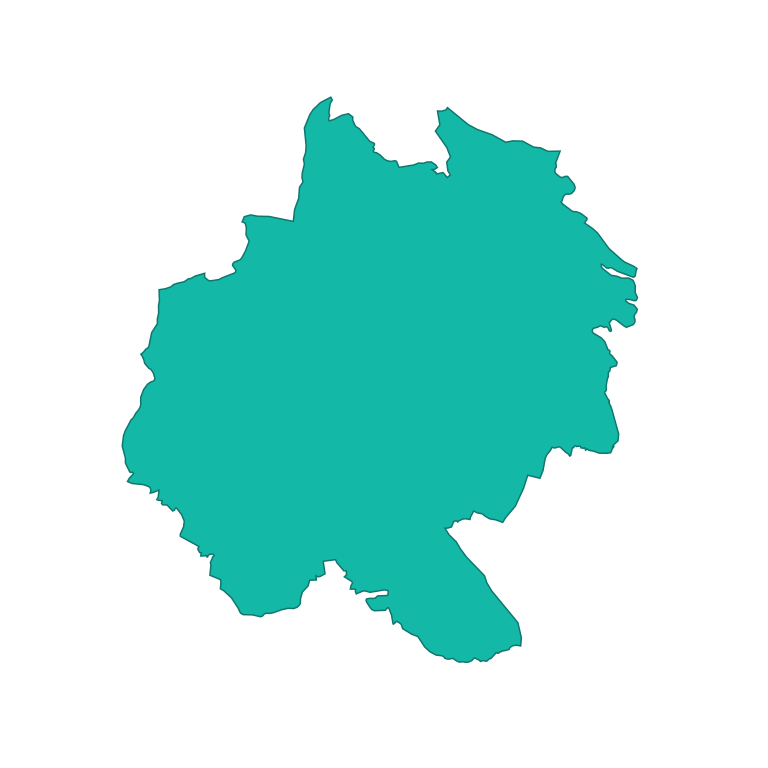 Bughea De Jos, Arges, Romania (Mercator projection), rotated 79°
{"feature_id": "2599482B13114483704402", "entity_name": "Bughea De Jos", "entity_type": "district", "adm_level": 2, "iso_a3": "ROU", "parent_name": "Romania", "parent_adm1": "Arges", "projection": "mercator", "projection_center": [24.999, 45.275], "detail": "fine", "context": "isolated", "style": "filled", "palette": "teal", "viewbox_px": 768, "rotation_deg": 79, "n_neighbors": 0, "source": "geoboundaries", "source_scale": "gbopen_adm2", "svg_char_len": 6166}
<svg xmlns="http://www.w3.org/2000/svg" viewBox="0 0 768 768"><g transform="rotate(79 384 384)"><path d="M430.8,654.4L433.6,650.3L436.9,639.3L439.8,634.5L440.9,633.5L443.5,633.0L446.5,634.3L446.4,631.2L445.2,625.1L451.9,627.2L454.2,629.1L455.2,627.5L456.1,624.0L458.7,625.2L460.3,624.5L461.4,620.0L468.3,615.7L467.9,613.7L466.4,612.9L466.1,612.1L466.4,611.2L473.7,607.6L480.4,606.2L486.0,608.0L492.8,612.8L494.7,612.9L508.2,596.7L510.5,598.3L514.1,597.2L514.9,595.6L517.9,596.7L518.6,591.2L520.1,590.7L520.0,590.0L518.9,589.6L518.2,588.7L518.0,586.0L518.4,584.4L519.9,583.4L520.8,584.9L526.3,588.5L528.9,588.5L538.5,591.4L544.8,581.9L547.5,581.9L553.8,583.7L556.5,580.6L564.9,574.5L576.2,569.9L580.2,569.0L581.9,568.2L583.5,566.3L585.6,557.0L588.9,549.6L588.6,547.5L587.1,545.7L586.5,543.7L587.4,540.0L587.4,536.5L586.0,527.1L585.9,520.5L587.2,515.7L586.6,511.9L584.9,509.2L583.5,508.0L578.4,506.8L572.5,503.7L567.9,497.2L562.4,494.3L563.5,487.8L559.2,487.3L560.7,485.6L560.7,483.2L559.0,478.1L546.4,477.5L547.2,465.1L550.5,464.3L559.7,459.1L560.2,456.7L564.2,457.2L565.7,459.7L571.7,453.3L573.3,452.9L575.7,454.9L578.9,456.2L579.6,452.6L580.3,451.1L582.4,451.7L584.7,451.3L583.3,444.7L583.3,442.5L585.8,437.4L586.2,422.7L587.5,419.6L589.2,419.6L592.3,420.7L590.8,430.8L592.5,433.4L592.4,435.8L591.7,438.6L591.7,442.2L593.0,442.9L594.7,442.7L600.0,440.6L603.0,439.1L604.7,436.8L606.4,425.9L604.2,423.0L604.7,422.1L612.3,420.7L621.2,420.9L621.5,420.6L620.9,419.2L619.5,417.6L619.8,416.5L621.2,414.6L623.3,412.9L627.7,412.4L634.9,404.6L638.3,399.0L650.1,394.1L655.8,389.8L660.0,384.6L661.8,379.1L662.8,377.5L664.7,376.7L665.8,374.9L666.4,373.3L666.5,368.8L669.3,366.0L671.4,363.1L671.8,358.9L672.6,357.6L673.1,354.3L672.3,350.6L670.0,347.6L673.0,343.5L674.8,342.2L674.4,339.8L675.7,336.1L673.8,332.9L673.9,331.5L669.2,325.2L669.9,324.1L670.0,322.7L669.0,321.0L669.2,319.9L668.4,318.6L668.8,317.3L668.4,311.8L666.5,310.4L665.4,306.9L665.8,303.4L667.2,299.8L659.4,297.6L643.9,298.1L607.6,317.8L598.8,321.0L591.5,321.9L569.7,336.0L560.3,340.5L552.7,343.2L544.6,348.8L537.2,351.7L537.6,348.7L537.2,345.0L532.1,341.6L532.2,338.8L533.5,338.0L532.6,336.5L531.6,332.7L531.8,329.9L533.4,325.4L531.3,324.6L525.8,320.2L528.3,317.0L530.2,312.2L532.5,310.5L536.5,306.0L538.7,300.1L542.5,293.9L538.1,289.8L529.1,278.5L513.3,267.1L501.0,260.3L506.3,248.9L499.4,244.5L487.7,239.9L485.0,238.1L480.5,232.9L478.2,231.2L479.3,229.0L479.4,227.2L479.0,225.8L479.2,224.0L479.8,222.9L486.0,218.4L487.7,216.5L490.2,215.4L489.7,214.3L482.8,211.4L482.5,210.9L482.7,210.1L481.1,208.6L481.1,208.0L482.2,206.8L482.0,205.5L482.7,203.1L484.4,202.8L484.4,201.8L485.2,200.7L485.0,199.1L487.4,198.7L486.5,196.9L488.1,195.7L489.8,191.3L492.9,186.1L494.5,178.7L494.7,174.5L491.3,172.4L489.3,170.3L488.6,170.4L488.7,171.3L487.7,170.4L484.4,165.1L477.8,163.2L453.3,165.1L449.3,165.6L444.9,166.9L444.7,166.2L443.2,166.1L440.4,167.5L434.9,169.0L433.7,168.6L433.1,167.4L432.0,166.8L427.2,165.9L421.7,163.8L419.4,162.3L415.9,161.7L413.9,159.6L411.0,158.7L410.4,152.5L407.2,151.0L399.7,154.8L397.3,156.8L395.0,155.9L393.9,156.3L393.0,157.6L384.6,159.2L380.4,161.7L374.1,168.7L372.8,169.4L370.7,169.2L369.3,167.9L369.0,163.4L368.1,160.4L370.4,157.0L370.1,155.0L370.3,154.5L372.1,153.2L374.8,152.7L375.5,151.4L375.2,150.7L374.4,150.5L366.9,151.2L364.6,148.4L364.0,147.2L364.0,146.2L365.6,143.7L372.6,137.6L374.6,135.3L373.3,128.1L371.0,125.8L368.4,125.3L366.2,125.7L363.7,124.8L361.7,122.4L358.9,121.1L354.3,123.5L351.5,128.4L348.3,131.0L347.2,130.4L347.1,129.6L348.2,126.0L350.0,122.5L350.1,121.2L350.0,120.4L348.1,119.0L347.4,118.7L342.2,120.0L335.7,118.6L329.9,119.6L326.7,123.5L325.5,130.3L322.6,134.9L320.6,140.4L312.2,147.5L309.8,148.3L307.9,147.8L308.1,147.0L312.6,143.4L313.2,141.3L313.0,139.5L313.3,138.3L317.9,133.4L326.7,119.0L326.5,117.7L325.9,116.8L320.6,114.8L319.1,113.6L316.0,116.5L310.4,124.3L307.5,127.0L294.0,137.3L276.5,145.6L271.4,149.4L264.2,156.4L261.0,153.2L259.8,153.1L254.1,158.3L251.9,161.7L250.5,166.1L241.7,174.0L239.0,175.6L238.4,174.4L234.2,172.1L232.5,169.8L232.3,168.1L232.8,167.4L233.0,165.3L232.7,163.5L230.6,160.5L228.1,159.0L226.3,158.9L223.6,159.6L215.5,164.0L215.0,164.7L214.8,167.0L215.4,169.0L214.6,171.5L209.8,175.5L208.1,175.7L205.7,175.2L204.0,173.5L200.7,173.1L200.2,173.6L189.0,166.7L186.9,178.8L182.1,185.2L180.0,192.0L172.0,201.7L169.9,211.3L169.9,218.4L159.9,230.4L152.1,243.7L145.5,251.8L124.8,269.0L126.8,270.9L127.2,275.4L126.2,279.4L140.2,279.7L145.6,285.3L163.9,277.2L173.8,275.4L178.2,280.1L187.0,280.6L191.4,279.0L193.4,282.5L187.7,285.7L187.8,292.3L186.2,292.6L182.7,295.9L182.8,293.1L181.7,290.3L178.9,291.4L175.0,295.2L174.3,299.7L174.9,302.9L173.7,308.0L174.7,313.0L174.2,327.9L167.7,329.3L166.9,330.8L166.8,335.0L165.4,338.3L163.5,340.7L158.7,343.9L155.6,347.1L154.6,349.7L153.3,350.1L151.6,348.7L150.7,348.7L149.8,349.6L147.0,347.6L146.0,347.6L143.0,351.7L128.7,359.5L125.7,362.8L119.1,364.4L115.9,363.7L111.9,367.3L112.2,374.3L114.8,383.0L115.2,387.6L112.9,387.8L110.2,386.1L107.0,386.3L98.6,383.4L95.4,380.6L92.3,381.5L95.6,392.6L101.1,401.2L105.7,405.6L117.5,413.3L135.5,415.0L141.9,416.8L148.0,420.2L153.0,420.2L161.1,423.9L165.6,425.1L170.3,425.0L174.7,429.4L185.4,432.3L195.5,438.4L207.1,442.0L197.6,464.9L195.2,476.0L192.6,482.6L193.1,489.2L197.8,492.3L199.6,489.6L204.3,489.3L211.3,491.0L218.1,489.1L227.3,494.8L233.3,499.8L234.7,501.6L235.7,507.6L236.9,509.3L238.7,510.1L244.0,507.6L245.7,508.4L246.5,509.5L248.8,522.2L250.0,526.2L249.6,535.0L248.7,536.7L245.8,539.2L244.3,539.6L241.1,538.9L242.0,548.6L243.6,553.6L243.4,555.8L245.5,560.7L245.7,567.8L246.3,571.8L248.0,574.6L248.8,581.0L248.5,586.8L259.1,588.5L264.1,590.4L271.4,591.7L277.2,594.2L281.5,594.9L289.3,602.3L301.9,607.5L303.4,608.7L304.2,610.9L307.0,614.3L308.4,617.0L310.4,616.0L314.7,615.1L318.0,615.0L323.5,612.0L325.3,610.0L329.0,608.4L334.8,607.8L337.1,609.3L337.5,612.6L339.2,616.3L343.6,621.0L350.5,625.3L357.7,626.7L360.0,627.7L362.7,630.0L365.5,633.4L369.4,636.6L370.9,639.1L380.8,647.1L385.1,649.6L395.0,652.8L407.3,652.0L412.3,652.9L421.7,650.4L422.3,650.0L422.8,647.5L424.1,646.8L428.1,652.2L430.8,654.4Z" fill="#14b8a6" stroke="#0f766e" stroke-width="1.5"/></g></svg>